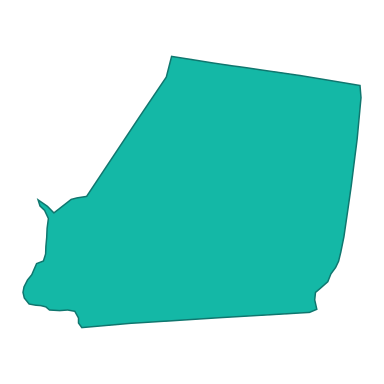 Teotônio Vilela, Alagoas, Brazil (Albers equal-area conic projection)
{"feature_id": "56859067B15562417941436", "entity_name": "Teotônio Vilela", "entity_type": "district", "adm_level": 2, "iso_a3": "BRA", "parent_name": "Brazil", "parent_adm1": "Alagoas", "projection": "albers", "projection_center": [-36.399, -9.958], "detail": "fine", "context": "isolated", "style": "filled", "palette": "teal", "viewbox_px": 384, "rotation_deg": 0, "n_neighbors": 0, "source": "geoboundaries", "source_scale": "gbopen_adm2", "svg_char_len": 880}
<svg xmlns="http://www.w3.org/2000/svg" viewBox="0 0 384 384"><path d="M301.8,75.8L262.3,70.1L247.0,67.8L238.3,66.6L231.9,65.8L211.8,62.8L197.6,60.5L171.6,56.4L166.3,77.1L142.8,111.9L139.5,116.8L86.6,196.4L77.0,197.9L71.2,199.4L53.9,212.9L47.4,206.3L38.1,199.9L40.0,206.0L44.6,210.4L48.4,218.5L47.1,228.3L46.7,237.6L45.9,246.3L45.6,254.0L43.4,261.0L36.6,263.6L33.9,269.8L31.8,274.7L27.5,280.0L24.0,286.9L23.0,292.4L24.3,298.0L29.1,304.0L35.6,305.2L40.8,305.6L45.9,306.9L49.5,310.0L59.7,310.6L67.7,310.0L74.8,311.3L78.5,318.0L78.5,323.0L81.8,327.6L130.7,323.3L139.2,322.8L183.7,320.0L219.5,317.7L309.5,312.4L316.8,309.3L314.7,299.9L315.5,292.4L320.0,288.6L327.8,281.7L330.9,273.9L335.6,267.5L338.6,261.2L340.8,252.1L343.9,236.9L348.2,207.3L351.2,186.2L355.0,155.9L356.2,146.6L357.2,138.5L361.0,97.7L360.0,85.5L301.8,75.8Z" fill="#14b8a6" stroke="#0f766e" stroke-width="1.5"/></svg>